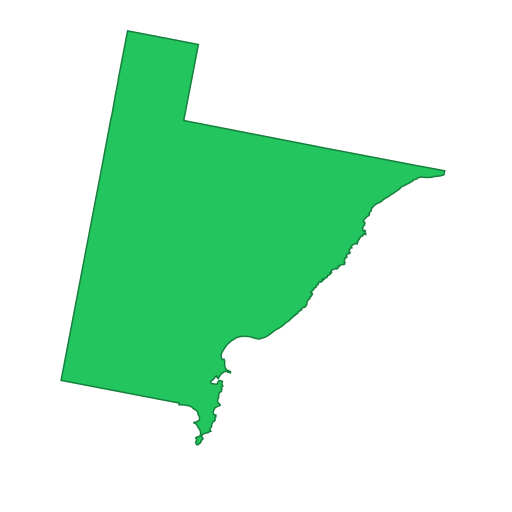 Tumby Bay, South Australia, Australia, rotated 11°
{"feature_id": "25037944B80191544000233", "entity_name": "Tumby Bay", "entity_type": "district", "adm_level": 2, "iso_a3": "AUS", "parent_name": "Australia", "parent_adm1": "South Australia", "projection": "albers", "projection_center": [136.189, -34.197], "detail": "fine", "context": "isolated", "style": "filled", "palette": "green", "viewbox_px": 512, "rotation_deg": 11, "n_neighbors": 0, "source": "geoboundaries", "source_scale": "gbopen_adm2", "svg_char_len": 6147}
<svg xmlns="http://www.w3.org/2000/svg" viewBox="0 0 512 512"><g transform="rotate(11 256 256)"><path d="M159.1,59.4L87.0,59.5L87.1,109.0L87.3,110.2L87.3,126.5L87.6,143.7L87.4,150.5L87.7,196.1L88.4,415.3L208.8,415.0L208.8,416.7L214.0,415.9L216.2,415.9L218.8,415.9L221.2,416.3L222.3,416.8L223.3,417.7L226.4,418.7L228.3,420.0L229.5,422.7L230.9,424.4L231.6,426.1L231.8,427.2L231.7,427.7L231.4,428.2L230.0,429.6L229.4,429.8L228.2,431.0L226.8,431.1L226.7,431.3L227.1,431.8L228.5,432.1L229.6,432.6L230.8,433.8L231.5,435.0L234.0,437.3L235.2,439.6L235.6,441.6L235.5,442.8L235.3,443.5L234.8,444.0L233.8,444.2L233.1,444.9L232.3,445.1L232.0,445.7L231.5,446.1L232.6,447.1L232.8,447.7L232.8,449.1L232.5,449.7L232.3,450.6L232.6,450.9L233.4,452.1L233.7,452.2L234.0,452.6L234.5,452.5L235.6,452.0L235.6,451.7L235.9,451.3L236.2,450.5L237.2,450.0L237.4,449.1L237.3,448.5L237.6,448.0L237.4,447.5L238.6,446.2L238.8,445.6L238.4,444.8L237.9,444.3L237.4,444.1L237.2,443.7L237.2,442.4L237.5,441.7L239.0,440.1L241.4,438.9L242.5,438.8L242.7,438.3L243.1,438.1L243.4,437.6L245.1,436.7L244.2,436.0L243.9,435.4L244.0,434.7L244.3,433.2L245.0,432.0L244.7,430.2L244.9,428.8L245.2,427.6L245.8,426.6L246.5,426.2L247.2,425.0L247.3,424.5L246.7,424.0L246.6,423.0L246.7,422.3L247.3,422.0L247.4,421.7L247.0,421.3L246.8,420.8L247.1,419.9L246.9,419.6L245.4,419.9L244.9,419.6L244.3,418.8L243.8,417.0L243.9,415.5L244.8,412.8L246.9,411.0L247.9,410.5L249.4,409.3L249.2,408.9L248.5,408.5L248.2,407.9L247.5,407.9L246.7,407.2L246.0,405.8L245.8,404.5L246.0,402.8L246.3,402.3L246.3,401.6L245.8,399.9L246.0,398.8L245.9,397.8L246.6,396.6L247.8,395.7L247.8,394.9L247.7,394.2L248.0,393.3L247.1,392.3L247.4,391.2L248.3,390.2L246.9,387.9L246.8,387.0L247.1,386.0L247.0,385.6L245.5,385.2L244.5,385.1L243.7,385.3L242.9,386.3L242.6,387.0L242.7,387.8L242.5,388.4L242.1,388.9L241.9,389.3L241.3,389.5L237.0,389.6L235.9,389.1L235.6,388.8L235.4,387.8L236.2,386.8L236.9,386.4L237.1,385.7L238.3,384.2L238.7,383.1L238.8,382.4L239.2,381.8L239.7,381.7L240.8,382.4L240.8,382.2L240.3,381.3L240.4,381.2L241.8,383.3L242.3,383.6L243.6,379.9L244.5,378.3L245.8,376.8L246.8,375.8L248.3,375.1L249.4,374.9L249.8,374.9L250.1,375.3L251.0,375.4L252.4,375.2L253.1,375.6L253.3,375.1L253.2,374.8L252.7,374.2L249.2,373.5L247.6,372.2L246.5,370.4L246.1,369.3L245.2,364.7L244.2,363.4L243.3,364.2L242.7,364.0L241.7,362.8L240.9,361.1L240.7,359.6L240.9,357.6L241.6,355.3L244.0,349.4L247.0,345.2L248.3,343.7L252.5,339.9L253.7,339.1L254.9,338.6L257.2,337.7L260.9,336.8L263.1,336.6L265.5,336.4L269.0,336.8L269.3,336.6L271.0,337.0L274.4,337.0L275.9,336.5L276.7,335.9L280.3,334.1L281.8,332.9L284.8,330.0L289.0,325.1L292.5,322.3L295.3,319.5L298.2,315.6L300.0,314.1L300.8,312.8L301.7,312.1L302.0,311.2L302.6,310.6L303.1,309.7L304.7,308.1L304.6,307.5L304.8,307.2L305.7,306.7L305.8,306.1L306.3,305.8L306.7,305.2L307.5,304.8L308.1,303.5L308.2,302.6L308.3,302.4L308.9,302.2L309.6,301.0L310.2,301.0L310.8,300.4L310.9,299.8L310.5,299.3L310.9,298.7L311.8,298.0L312.3,297.2L313.9,296.9L314.4,296.0L314.3,295.2L314.6,295.0L314.9,294.6L314.9,294.2L315.2,293.6L315.0,292.6L314.8,291.1L315.6,289.2L316.2,288.7L316.0,288.3L316.6,287.9L316.7,287.4L317.1,287.1L317.1,286.9L316.6,286.5L316.8,286.2L316.8,285.9L317.2,285.4L317.6,285.2L318.1,284.7L317.8,283.9L318.4,283.4L318.7,282.5L318.5,282.1L318.2,281.9L318.0,282.1L317.3,282.0L316.9,281.5L316.7,280.5L317.2,280.2L317.1,281.2L317.4,281.7L317.3,280.7L317.7,279.4L319.1,277.8L318.9,276.8L319.5,276.0L319.9,276.1L320.3,275.6L320.8,275.3L320.8,274.7L321.2,274.2L321.1,273.0L321.9,272.7L322.1,272.3L322.4,272.1L322.3,271.4L322.7,270.6L322.4,270.1L322.6,269.4L323.4,269.0L323.8,269.1L324.3,269.4L324.7,269.3L325.3,268.3L325.9,268.0L326.2,267.6L325.9,267.2L325.6,267.3L325.3,266.9L325.3,266.4L325.5,266.0L325.9,265.8L326.8,266.2L327.2,266.1L327.6,265.6L327.6,265.1L327.9,264.8L328.0,264.4L328.3,264.1L329.2,263.9L329.9,263.2L330.0,261.6L330.5,261.4L330.5,260.8L331.3,260.7L332.0,260.1L332.0,259.7L331.7,258.7L331.8,258.3L332.3,258.2L332.8,258.7L333.0,258.5L333.0,257.9L333.3,257.7L333.1,257.2L332.6,257.1L332.4,256.7L333.1,255.4L335.7,253.6L336.5,253.4L336.8,253.0L337.4,253.3L337.8,253.2L338.1,252.9L338.6,252.7L338.8,252.3L338.4,251.8L338.3,251.2L338.7,250.4L339.3,250.2L339.7,250.4L340.0,250.4L340.1,250.2L339.8,249.5L340.5,248.8L342.1,247.9L343.0,247.9L343.5,247.5L344.0,247.6L344.4,247.2L344.1,246.9L344.5,246.2L344.7,245.5L344.5,245.3L344.3,245.4L344.1,245.0L343.6,244.7L343.7,243.7L343.5,243.4L343.8,242.2L343.5,241.7L343.8,241.1L344.7,240.7L344.8,240.0L345.4,239.8L345.3,239.4L344.9,239.6L344.6,239.4L344.6,238.8L344.9,238.0L344.8,237.2L346.4,235.9L347.4,235.8L347.7,234.6L347.1,234.7L346.7,234.5L346.4,234.0L346.4,233.5L346.7,232.8L346.4,231.9L346.7,231.2L347.8,229.9L348.5,229.7L348.1,229.1L347.7,228.9L347.7,228.2L349.2,226.2L350.0,225.6L351.6,224.8L352.4,224.9L353.1,224.8L353.0,224.5L352.6,224.1L352.6,223.7L353.0,222.8L353.4,222.7L353.2,221.8L353.4,221.3L353.2,220.9L354.2,220.1L354.1,218.9L354.6,218.6L354.7,218.2L354.6,217.8L355.4,216.9L355.4,216.4L355.8,216.1L356.4,216.2L356.8,216.0L357.2,215.2L357.2,214.4L357.7,214.2L358.3,213.6L359.6,213.9L359.4,212.8L358.5,212.6L358.3,212.3L358.3,211.6L358.7,210.6L358.4,210.2L358.2,210.2L358.4,210.4L358.3,210.6L357.1,211.1L356.3,210.5L355.5,209.2L355.5,207.2L356.1,205.4L356.7,204.4L356.6,203.9L356.7,203.7L356.7,203.3L356.3,202.3L355.3,202.3L355.1,201.8L354.9,200.7L355.4,199.2L356.4,197.9L356.8,196.8L359.3,194.5L359.5,193.2L358.8,192.8L358.8,192.2L359.0,192.0L358.9,191.6L360.2,190.3L360.5,189.4L360.5,188.6L360.3,188.2L360.5,187.0L361.8,185.1L362.6,183.6L365.2,181.1L368.0,179.2L370.1,176.5L371.1,175.4L375.0,172.1L376.0,170.8L379.4,167.8L379.6,167.4L380.3,166.8L380.7,166.1L381.8,165.3L382.8,163.9L384.3,162.8L384.6,162.2L384.7,161.6L385.3,160.6L386.2,160.0L386.7,159.5L388.6,158.4L388.8,157.8L390.1,157.0L391.0,156.2L392.1,155.6L393.3,154.2L394.8,153.3L395.4,152.7L395.7,151.7L396.1,151.0L397.7,150.6L399.5,149.3L400.0,148.4L402.5,147.2L403.9,146.8L407.1,146.6L410.3,146.0L413.0,145.3L415.6,144.1L422.1,142.0L425.0,140.4L425.0,136.4L401.0,136.5L400.6,136.6L305.1,136.9L159.2,136.8L159.1,59.4Z" fill="#22c55e" stroke="#15803d" stroke-width="1.5"/></g></svg>